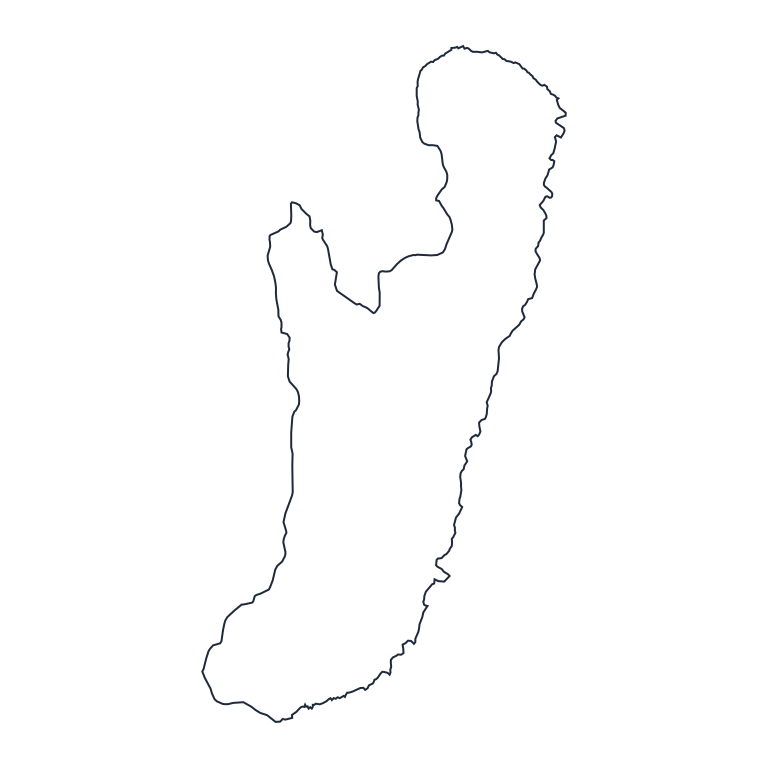 Tasso Fragoso, Maranhão, Brazil (Equal Earth projection)
{"feature_id": "56859067B89844171127470", "entity_name": "Tasso Fragoso", "entity_type": "district", "adm_level": 2, "iso_a3": "BRA", "parent_name": "Brazil", "parent_adm1": "Maranhão", "projection": "equal_earth", "projection_center": [-45.856, -8.308], "detail": "fine", "context": "isolated", "style": "outline", "palette": "slate", "viewbox_px": 768, "rotation_deg": 0, "n_neighbors": 0, "source": "geoboundaries", "source_scale": "gbopen_adm2", "svg_char_len": 6061}
<svg xmlns="http://www.w3.org/2000/svg" viewBox="0 0 768 768"><path d="M367.6,688.2L368.9,685.4L372.9,683.4L374.0,681.4L374.5,679.7L375.9,679.3L377.5,678.0L380.7,673.4L382.2,671.9L383.9,671.9L386.7,672.6L388.2,673.3L389.6,674.7L390.5,672.6L390.3,669.6L391.2,666.9L390.8,662.7L390.9,659.8L393.1,657.3L396.3,655.8L398.0,654.5L401.2,654.7L403.5,653.1L403.3,649.1L402.6,644.6L405.5,643.2L408.0,640.7L411.0,640.9L413.9,643.8L415.3,642.1L415.4,638.6L418.4,631.7L419.2,627.6L419.5,624.4L422.4,616.8L423.3,612.4L427.5,606.0L425.4,605.5L424.1,604.7L423.3,601.6L424.1,599.7L424.4,595.8L425.9,591.7L432.1,584.3L434.2,583.5L434.6,579.3L438.3,581.1L444.2,581.6L449.6,576.0L448.2,574.4L443.7,571.6L441.8,569.1L437.3,566.6L436.1,565.2L436.6,560.0L437.8,558.6L441.6,558.1L444.5,555.0L446.3,554.2L449.2,550.8L449.7,549.0L451.7,546.1L452.1,543.0L451.8,538.9L453.2,537.2L455.4,532.8L454.9,530.5L454.9,527.6L454.0,525.0L456.0,517.5L459.0,513.8L462.2,507.0L460.2,505.3L459.1,503.3L459.5,498.9L460.3,496.7L461.4,490.1L461.0,486.3L461.1,483.2L460.2,476.8L460.6,473.3L461.8,471.0L463.6,469.3L464.5,465.4L467.2,461.4L465.1,456.0L466.5,449.3L467.9,448.1L470.9,446.4L471.7,444.7L471.2,441.8L470.4,439.7L472.0,437.2L475.8,434.9L477.7,436.2L479.1,434.6L480.4,431.6L479.3,426.0L479.1,422.5L481.7,419.9L484.8,419.0L485.7,417.5L486.7,414.3L487.2,408.0L487.7,405.9L486.7,402.3L490.7,393.3L491.2,391.0L490.9,388.5L491.8,385.1L491.9,381.6L493.9,376.3L496.4,374.0L497.6,371.3L499.0,358.4L498.5,349.9L499.1,346.8L501.9,342.2L505.1,339.1L509.8,335.8L510.6,333.9L512.5,330.8L519.3,324.7L521.1,321.4L523.5,319.4L524.6,317.3L522.2,311.4L522.1,308.6L523.2,306.2L525.1,304.9L527.0,301.9L528.2,299.1L532.1,298.1L533.6,294.1L536.3,288.8L537.1,286.7L536.6,283.7L535.2,278.3L534.6,274.3L535.2,269.4L540.1,260.4L539.6,258.1L536.2,252.7L535.5,251.0L535.7,248.7L538.1,246.1L538.6,242.4L539.9,241.0L541.5,237.4L543.2,234.6L543.8,232.7L543.8,220.5L546.5,218.1L546.3,215.5L545.2,213.2L543.3,210.0L540.7,207.5L539.7,205.1L543.4,200.8L545.4,196.8L547.3,196.3L549.6,197.8L551.2,197.5L552.1,196.1L552.3,193.8L551.5,192.1L546.5,187.6L545.1,186.7L543.9,185.0L543.9,182.8L545.5,178.3L547.4,175.5L549.2,169.5L552.7,167.3L553.6,165.0L554.3,161.2L552.7,160.0L551.2,160.0L549.5,158.4L551.2,155.2L553.3,153.2L554.7,148.4L556.1,141.5L554.9,137.1L556.6,135.3L560.9,137.5L563.3,133.8L564.6,130.7L564.0,128.2L556.0,122.8L555.5,120.9L557.4,118.4L565.6,115.7L565.7,112.7L559.7,107.9L558.3,105.0L556.8,99.9L558.4,98.4L556.2,97.4L555.1,95.8L553.2,94.7L550.9,93.9L549.7,91.1L547.4,89.2L546.9,86.6L544.3,84.9L542.4,85.7L540.4,84.9L537.1,81.6L535.9,79.9L533.3,78.0L532.5,76.1L530.4,74.5L528.8,72.7L527.5,72.3L526.3,70.4L524.3,68.7L522.5,68.5L519.3,64.1L515.2,62.4L513.8,63.1L510.9,61.7L506.4,60.9L504.5,59.2L502.8,59.0L499.3,55.6L497.3,54.5L496.0,52.8L494.0,53.3L489.7,52.4L487.8,50.9L482.0,52.4L477.1,51.8L472.8,51.8L471.0,50.8L468.6,48.5L467.0,47.9L464.5,48.7L463.1,46.1L458.3,48.3L457.2,46.9L455.1,47.7L451.4,48.0L451.3,49.9L445.3,53.5L443.9,55.6L442.1,55.6L440.0,56.9L438.3,58.6L434.5,60.3L433.1,62.0L431.0,61.7L426.7,64.4L425.5,65.9L423.0,67.4L421.7,69.8L420.5,70.8L417.9,79.7L417.6,81.7L417.7,86.1L416.7,88.2L416.7,95.9L417.8,101.8L417.6,104.4L418.9,109.9L418.4,112.5L418.4,115.2L417.5,117.5L417.3,121.3L418.6,129.4L419.6,132.2L420.2,137.6L422.2,141.8L424.2,143.6L428.6,145.2L432.9,145.2L437.4,145.9L440.3,150.4L441.0,152.1L441.7,154.8L442.8,164.4L443.9,167.3L446.1,171.2L446.9,173.3L447.3,175.3L447.2,179.3L446.7,182.0L444.7,186.9L441.7,189.5L437.3,195.8L436.1,198.4L436.2,200.4L439.0,200.9L441.8,206.0L443.5,208.2L447.2,214.3L449.5,217.1L450.4,219.3L451.8,224.5L452.4,229.5L451.8,232.1L446.7,243.8L444.9,249.2L442.8,252.5L437.2,255.0L431.3,255.4L417.3,254.7L414.9,255.2L413.4,255.0L408.6,256.3L405.3,257.7L401.1,260.4L397.2,263.9L391.6,270.2L389.5,271.3L385.9,271.6L382.2,271.2L380.1,271.8L378.9,273.2L378.4,276.7L378.9,288.0L379.7,292.4L379.6,305.8L376.1,311.1L374.9,312.5L373.4,313.1L367.1,307.9L362.8,306.1L359.7,303.8L356.8,304.5L354.9,303.5L337.0,290.9L334.9,284.6L336.9,272.2L334.3,269.9L332.4,269.3L330.7,264.2L328.0,249.0L327.2,246.2L323.2,240.1L322.2,238.1L322.8,234.6L321.8,230.2L316.8,232.1L314.2,231.6L310.8,228.2L310.1,225.1L310.3,220.6L309.5,216.3L306.4,213.9L301.5,209.0L299.7,205.3L296.1,203.3L292.0,202.3L290.9,203.8L291.3,215.9L291.0,221.3L290.4,223.2L286.3,226.8L280.2,229.7L278.5,231.4L270.6,234.9L269.6,236.2L269.5,239.8L270.0,242.3L270.2,246.7L267.6,255.7L267.9,260.1L268.9,263.5L271.9,270.3L274.1,276.5L275.4,282.8L276.0,287.9L275.9,293.3L276.4,299.6L278.3,309.6L278.5,316.4L280.7,319.8L281.5,322.7L281.5,327.2L281.1,329.0L281.5,332.5L287.1,334.0L289.6,337.6L289.5,340.6L288.6,343.2L288.6,346.7L289.3,349.4L288.3,351.8L287.6,354.5L288.7,359.0L288.2,364.9L287.9,376.3L289.6,381.6L295.8,388.4L297.1,390.3L298.1,392.6L299.0,396.6L299.2,401.3L298.9,404.5L296.1,410.0L294.3,411.7L292.4,416.7L291.2,432.6L291.2,447.3L292.6,453.6L292.3,465.6L292.7,492.2L292.1,495.4L285.4,513.4L283.5,522.1L286.1,530.8L286.4,532.9L284.9,535.6L283.8,538.9L283.3,542.3L285.4,551.9L285.4,554.3L284.8,556.5L282.2,561.5L277.3,565.9L275.3,569.5L272.7,580.4L270.1,587.1L268.9,589.5L260.2,593.8L256.8,594.8L254.8,596.0L253.3,601.2L252.2,602.6L244.1,604.4L241.6,604.6L234.7,610.3L227.6,616.8L225.3,620.5L224.4,623.5L223.0,630.3L221.5,641.0L220.2,643.3L213.2,645.3L210.1,648.7L208.5,651.3L206.3,658.2L203.5,669.3L202.3,671.5L204.8,677.9L210.5,688.5L212.0,693.5L214.5,699.1L216.8,701.3L222.7,703.9L225.2,704.2L228.3,704.1L233.2,702.9L243.3,702.2L251.0,706.5L256.1,710.4L260.4,713.0L267.0,715.1L275.6,721.9L280.1,721.6L282.7,719.0L285.4,719.6L292.2,717.9L292.0,714.9L296.2,712.0L300.1,707.9L301.3,707.0L302.8,706.6L304.3,706.9L305.1,704.7L306.2,706.7L307.6,706.3L308.6,708.6L310.2,707.2L311.8,708.6L312.8,706.9L312.8,704.8L314.2,704.9L315.7,703.7L319.7,704.3L322.6,703.3L326.5,701.2L328.6,699.3L330.5,698.2L331.8,700.1L333.8,698.1L335.7,698.8L337.6,697.3L339.9,698.1L343.7,695.9L344.9,696.9L345.8,694.8L347.2,692.7L348.9,692.7L352.5,691.6L360.4,688.0L363.4,687.8L365.2,689.9L367.6,688.2Z" fill="none" stroke="#1e293b" stroke-width="2"/></svg>